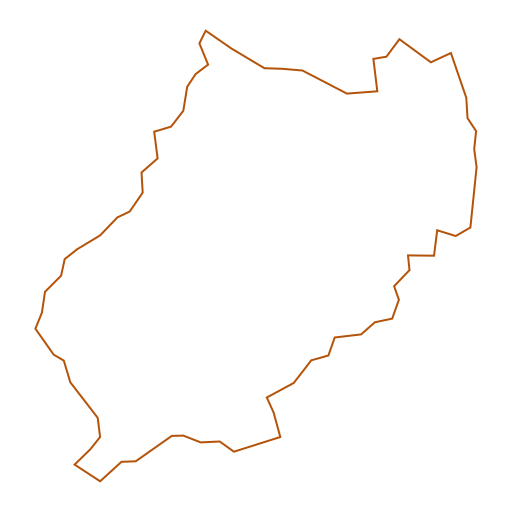 outline of Lajeado do Bugre, Rio Grande do Sul, Brazil
{"feature_id": "56859067B18581397233195", "entity_name": "Lajeado do Bugre", "entity_type": "district", "adm_level": 2, "iso_a3": "BRA", "parent_name": "Brazil", "parent_adm1": "Rio Grande do Sul", "projection": "robinson", "projection_center": [-53.208, -27.705], "detail": "fine", "context": "isolated", "style": "outline", "palette": "amber", "viewbox_px": 512, "rotation_deg": 0, "n_neighbors": 0, "source": "geoboundaries", "source_scale": "gbopen_adm2", "svg_char_len": 937}
<svg xmlns="http://www.w3.org/2000/svg" viewBox="0 0 512 512"><path d="M53.7,354.7L63.8,360.6L70.3,382.3L97.7,417.8L100.1,437.0L90.2,449.4L74.6,464.6L100.1,481.3L121.5,461.8L135.7,461.3L171.8,435.9L183.3,435.6L200.7,442.4L219.7,441.5L233.9,451.7L280.3,437.0L273.6,412.5L266.8,397.5L293.8,382.9L311.3,360.3L328.4,355.5L334.7,337.5L361.1,334.4L374.8,322.3L392.2,318.6L398.9,299.7L394.1,286.2L409.5,270.1L408.0,255.4L434.0,255.7L437.2,230.3L455.7,236.0L470.4,227.5L476.6,167.2L474.2,149.1L476.1,131.1L467.5,118.1L466.3,97.8L450.9,53.0L430.9,62.3L399.4,39.2L386.4,56.7L373.4,58.9L377.3,91.3L346.9,93.6L302.4,70.5L282.2,68.8L264.4,68.2L231.4,48.5L205.7,30.7L199.4,43.4L208.1,64.6L195.6,74.1L187.2,86.8L183.3,110.8L171.1,126.6L154.2,131.7L157.6,158.4L141.5,172.5L142.7,192.6L129.7,211.5L117.4,217.4L100.1,235.4L77.2,249.2L64.7,259.1L61.1,275.7L45.0,291.8L41.9,312.7L35.4,328.7L53.7,354.7Z" fill="none" stroke="#b45309" stroke-width="2"/></svg>